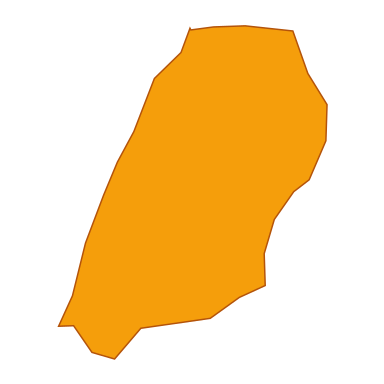 the district of Sotenäs, Västra Götaland, Sweden, rotated 178°
{"feature_id": "70781695B30860810516281", "entity_name": "Sotenäs", "entity_type": "district", "adm_level": 2, "iso_a3": "SWE", "parent_name": "Sweden", "parent_adm1": "Västra Götaland", "projection": "albers", "projection_center": [11.361, 58.424], "detail": "fine", "context": "isolated", "style": "filled", "palette": "amber", "viewbox_px": 384, "rotation_deg": 178, "n_neighbors": 0, "source": "geoboundaries", "source_scale": "gbopen_adm2", "svg_char_len": 502}
<svg xmlns="http://www.w3.org/2000/svg" viewBox="0 0 384 384"><g transform="rotate(178 192 192)"><path d="M122.1,96.0L122.0,127.9L110.7,161.7L90.3,188.8L74.5,200.1L56.4,238.5L54.0,274.6L72.1,306.4L85.6,349.4L133.1,356.2L164.8,356.2L187.5,354.0L188.3,355.7L198.1,331.8L225.6,306.8L248.0,254.4L265.5,224.5L280.4,192.0L300.2,144.7L315.1,92.4L330.0,62.5L315.0,62.5L297.6,35.2L288.9,32.3L275.2,27.8L247.9,57.6L178.2,65.1L148.4,85.0L122.1,96.0Z" fill="#f59e0b" stroke="#b45309" stroke-width="1.5"/></g></svg>